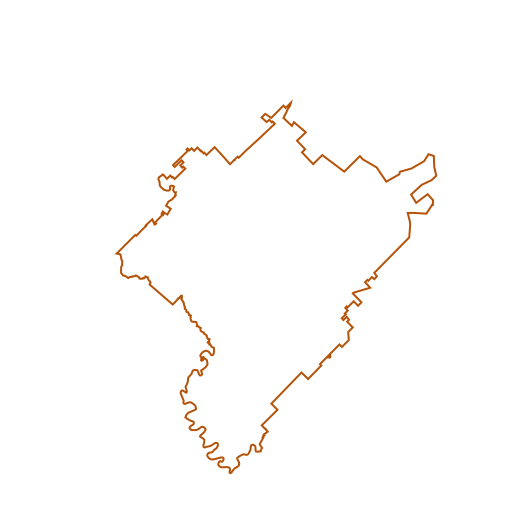 González, Tamaulipas, Mexico (Robinson projection), rotated 38°
{"feature_id": "50627088B9709578345149", "entity_name": "González", "entity_type": "district", "adm_level": 2, "iso_a3": "MEX", "parent_name": "Mexico", "parent_adm1": "Tamaulipas", "projection": "robinson", "projection_center": [-98.554, 22.79], "detail": "fine", "context": "isolated", "style": "outline", "palette": "amber", "viewbox_px": 512, "rotation_deg": 38, "n_neighbors": 0, "source": "geoboundaries", "source_scale": "gbopen_adm2", "svg_char_len": 6145}
<svg xmlns="http://www.w3.org/2000/svg" viewBox="0 0 512 512"><g transform="rotate(38 256 256)"><path d="M380.9,265.1L375.5,259.2L376.2,252.7L368.2,251.6L368.6,249.0L365.0,248.1L364.3,252.7L361.9,252.2L362.7,246.7L361.4,246.7L361.9,242.5L358.3,241.9L358.5,239.8L359.8,240.0L360.9,231.5L367.1,232.4L367.6,227.6L355.3,225.9L355.4,224.9L365.5,210.7L358.1,209.5L358.5,206.2L359.8,206.3L360.3,201.2L363.5,201.4L363.8,197.6L359.6,196.4L365.3,147.0L358.1,136.2L355.4,133.6L349.1,128.7L353.0,125.5L364.2,117.7L363.3,107.3L364.0,107.0L361.2,103.1L353.2,101.6L349.5,115.5L340.4,112.1L342.8,97.8L347.7,88.1L348.6,81.8L341.5,75.9L334.5,67.7L329.3,69.6L330.1,77.9L324.6,91.4L317.6,100.9L318.6,103.4L312.9,117.2L296.6,111.9L280.6,114.1L276.4,113.3L273.6,135.2L246.1,135.7L244.5,148.4L228.4,146.0L229.0,141.6L217.3,139.9L219.1,127.9L203.6,127.2L204.2,131.4L192.6,130.3L191.5,124.2L190.7,121.4L190.3,116.6L189.1,113.7L188.2,121.1L185.0,120.6L183.0,137.8L175.8,138.3L175.1,143.4L181.9,143.9L182.7,140.4L186.2,141.0L186.4,139.8L189.4,140.2L185.8,163.9L183.2,179.0L181.9,189.2L180.4,189.0L179.8,193.5L180.0,193.6L179.6,194.1L179.7,194.3L179.0,199.7L170.2,198.0L156.4,195.7L154.8,206.9L151.5,206.4L151.4,207.4L147.7,206.8L147.7,207.4L143.0,206.6L142.5,211.3L138.9,210.8L138.5,213.7L135.9,213.4L135.8,214.9L137.5,215.2L134.7,235.5L137.1,235.9L138.4,226.4L141.2,226.9L140.6,231.3L143.5,231.8L143.7,230.3L146.5,230.7L144.5,245.4L141.7,245.0L141.6,245.8L138.9,245.4L138.3,250.0L133.0,249.0L132.3,249.2L132.1,249.4L132.2,250.3L131.2,253.2L131.1,254.1L131.4,254.9L132.0,255.7L134.5,257.1L135.8,258.7L136.9,259.6L138.2,260.2L142.4,260.5L145.3,259.5L147.2,257.9L147.4,257.5L147.3,256.7L146.8,255.8L145.4,254.3L145.4,253.7L146.3,252.4L148.0,251.7L148.8,251.8L149.2,253.3L150.3,255.3L152.7,256.0L153.3,255.8L153.7,255.3L154.4,257.0L155.4,257.4L155.4,258.2L155.0,258.7L155.5,259.4L155.1,260.9L155.2,262.6L153.5,267.0L154.2,271.7L159.7,271.3L160.6,277.9L157.1,278.4L155.2,278.3L155.6,280.7L157.4,279.9L157.6,281.3L156.9,281.7L155.8,291.8L157.4,292.0L156.9,293.4L156.7,293.7L151.7,290.9L150.3,299.5L150.8,299.4L150.9,300.1L150.2,304.3L149.2,313.8L147.9,313.8L144.7,339.9L147.5,338.4L148.5,338.4L152.3,341.8L153.6,342.1L155.7,345.2L156.2,345.4L156.3,346.6L156.6,347.8L160.0,352.3L163.0,353.2L165.8,352.1L168.7,352.1L169.0,352.0L169.5,350.0L170.6,349.4L171.2,348.1L171.6,348.1L172.2,347.0L173.1,346.3L173.3,345.3L176.1,344.9L176.3,344.7L177.1,345.1L177.3,344.9L178.0,345.4L179.1,345.1L180.1,344.2L180.1,343.7L180.9,343.2L180.8,342.6L181.3,342.5L181.2,342.1L181.7,341.7L181.9,340.8L181.5,340.2L183.0,339.9L183.8,339.4L184.3,340.2L187.0,341.3L187.7,341.2L189.3,341.9L189.8,344.0L220.3,345.5L220.9,339.0L220.7,337.5L221.1,337.5L221.5,333.2L222.1,333.0L223.4,334.6L223.0,335.1L224.1,336.3L225.4,336.3L226.0,336.7L226.8,336.8L227.4,337.4L227.6,337.2L229.8,339.1L231.6,340.1L232.0,341.2L232.7,341.5L233.6,341.3L234.4,341.7L235.3,342.7L236.1,342.7L236.7,342.5L236.9,342.2L238.9,342.9L239.5,343.7L241.3,343.0L241.7,344.1L242.2,344.3L242.9,345.7L245.4,347.2L246.9,346.7L247.8,345.9L249.6,344.9L250.3,345.2L252.2,346.9L252.6,347.8L254.2,346.8L255.2,347.3L256.7,346.7L257.8,348.6L258.6,349.0L261.3,348.8L261.8,348.4L263.4,349.3L265.3,348.8L266.6,349.3L267.0,350.1L269.2,351.0L270.3,350.0L270.9,350.4L271.0,351.6L271.8,352.4L271.7,352.9L271.1,353.4L271.2,353.9L271.8,353.9L273.2,353.3L273.5,353.6L273.0,354.0L273.7,354.5L275.2,354.1L277.1,355.0L279.2,354.2L280.7,355.6L282.4,358.3L283.0,359.9L282.7,361.1L281.8,361.6L277.5,360.5L275.3,361.2L274.6,361.8L273.4,363.9L273.0,365.8L273.3,368.6L274.4,369.5L275.7,369.2L276.2,368.8L276.5,368.1L277.2,368.0L277.3,368.3L277.1,368.9L276.2,370.9L277.0,372.0L277.6,372.0L278.3,371.1L277.9,369.5L278.4,368.6L280.5,368.2L281.2,368.3L282.0,368.8L283.9,370.5L284.5,371.5L284.8,374.7L283.3,380.1L286.3,382.3L286.4,382.8L286.1,384.1L285.1,384.7L284.4,384.5L280.2,382.1L278.5,383.0L277.4,383.9L276.9,385.0L276.9,385.7L277.8,389.0L277.6,391.6L277.4,393.2L277.5,393.6L279.6,396.9L280.5,399.6L280.9,402.2L281.3,402.7L284.9,405.3L285.2,405.8L285.2,406.6L284.8,406.8L281.5,407.0L280.9,407.1L280.5,407.5L280.2,408.6L281.0,410.5L288.2,414.6L288.8,416.0L289.3,416.5L290.3,416.7L291.2,416.3L292.0,414.6L293.5,412.4L294.8,411.4L299.1,411.1L300.3,411.3L302.6,413.1L303.0,413.8L302.9,414.4L299.5,420.6L299.0,421.9L299.1,424.8L299.5,425.9L299.6,425.7L300.6,426.5L301.7,426.7L305.8,426.1L308.3,425.2L309.1,425.2L309.9,425.8L310.3,426.8L310.2,427.7L309.4,429.7L309.2,430.9L309.2,432.0L309.8,432.7L310.6,433.0L311.5,433.0L313.2,432.3L314.9,431.0L316.5,429.4L317.3,427.7L318.0,424.9L318.9,423.5L321.1,423.0L322.5,423.3L323.2,423.9L323.6,426.9L322.7,431.7L322.8,432.4L323.0,432.7L323.6,432.8L326.8,432.3L328.5,432.7L330.0,434.9L330.9,437.2L331.6,438.2L332.3,438.7L333.0,438.7L333.7,438.3L334.2,437.2L336.4,434.6L337.5,432.8L338.8,428.7L339.4,427.9L340.7,427.3L341.6,427.6L342.3,428.3L342.9,429.2L343.2,432.0L342.4,434.3L342.4,437.2L342.0,438.0L340.2,439.8L339.7,441.4L339.8,442.2L340.4,443.1L341.1,443.7L343.3,444.3L345.6,444.0L347.4,442.8L352.4,436.4L353.2,435.6L354.3,435.2L355.2,435.6L355.7,436.3L356.0,437.6L356.1,438.6L355.9,439.1L355.5,439.4L354.3,439.5L353.9,440.1L353.7,441.0L354.2,442.9L354.7,443.6L355.5,444.0L356.7,444.2L357.8,444.1L359.2,443.5L363.1,440.2L364.2,439.5L365.4,439.3L366.4,439.6L367.1,440.3L367.9,442.1L368.4,442.8L369.0,443.0L369.5,442.9L370.0,441.8L369.8,439.9L369.9,436.5L371.2,433.5L371.5,432.0L371.1,430.8L370.4,429.7L369.7,429.1L366.2,427.5L365.7,427.0L365.5,426.3L366.6,423.0L368.1,420.0L371.1,418.5L371.6,417.5L371.8,416.5L371.1,412.4L369.2,409.3L368.8,408.2L369.1,407.2L369.8,406.6L371.0,406.3L372.1,406.3L373.0,406.7L375.1,409.2L376.2,410.0L377.3,409.6L380.0,407.0L379.4,406.1L378.9,404.3L379.0,403.6L378.5,403.6L378.0,403.1L376.4,402.8L374.7,401.9L373.6,394.7L372.8,394.8L372.4,392.6L373.9,392.3L372.0,391.8L373.4,387.2L370.0,386.4L370.0,386.7L364.8,385.9L367.6,364.0L359.0,362.9L363.6,319.8L372.8,320.9L374.9,302.1L373.0,301.8L374.4,289.8L375.2,290.7L375.3,289.1L375.6,289.5L375.8,289.2L376.7,290.2L376.8,289.7L376.0,288.8L375.7,289.1L374.6,287.9L376.2,274.3L379.7,274.8L380.9,265.1Z" fill="none" stroke="#b45309" stroke-width="2"/></g></svg>